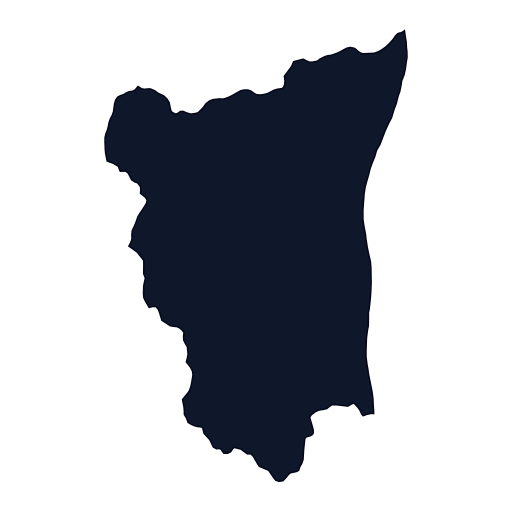 the district of Khop, Xaignabouri, Laos
{"feature_id": "54806243B3164582254678", "entity_name": "Khop", "entity_type": "district", "adm_level": 2, "iso_a3": "LAO", "parent_name": "Laos", "parent_adm1": "Xaignabouri", "projection": "equal_earth", "projection_center": [100.561, 19.666], "detail": "fine", "context": "isolated", "style": "filled", "palette": "ink", "viewbox_px": 512, "rotation_deg": 0, "n_neighbors": 0, "source": "geoboundaries", "source_scale": "gbopen_adm2", "svg_char_len": 4164}
<svg xmlns="http://www.w3.org/2000/svg" viewBox="0 0 512 512"><path d="M373.6,413.6L373.6,411.5L373.4,408.0L373.1,403.8L372.9,398.6L371.9,391.1L370.6,384.8L369.6,379.8L368.5,374.3L367.8,369.0L367.0,364.7L366.0,356.7L366.0,350.1L366.2,343.9L366.5,337.3L367.5,329.8L368.3,325.8L368.4,319.3L368.4,312.6L369.2,308.6L369.8,303.2L370.4,297.2L370.8,291.2L371.1,282.8L371.0,274.8L370.9,268.0L370.4,261.7L368.8,254.9L368.8,254.6L368.7,254.4L367.2,247.2L366.0,239.4L365.4,234.1L363.9,226.2L362.9,219.3L362.9,210.1L363.5,201.4L364.1,193.7L365.1,187.1L366.3,182.5L368.5,175.0L370.0,168.8L372.2,162.6L374.6,156.9L376.5,150.3L380.0,144.2L382.5,137.6L385.3,130.3L388.5,123.4L391.5,117.7L394.0,109.3L396.0,104.2L398.2,95.7L399.8,91.3L400.9,85.8L401.6,81.0L404.0,74.8L405.3,68.9L406.2,62.1L407.0,57.4L406.9,52.0L406.4,47.4L406.2,42.4L405.4,37.7L405.0,34.6L404.6,32.1L404.4,30.7L403.3,31.6L402.0,32.3L401.0,32.9L399.6,33.0L398.5,33.4L397.5,33.9L396.7,34.7L395.3,36.3L393.5,38.9L393.0,39.6L392.3,40.4L390.5,42.4L388.5,44.5L385.9,46.9L384.4,48.0L381.2,50.2L378.7,51.6L374.9,53.1L372.2,53.4L369.8,53.5L368.4,53.5L367.3,53.6L365.4,53.7L363.5,53.8L361.0,53.3L359.0,52.1L356.9,50.4L356.3,49.7L355.5,49.1L354.8,48.6L353.6,48.1L351.9,47.8L350.5,47.5L349.5,47.6L348.3,47.9L346.6,48.3L344.9,49.2L342.2,50.7L340.3,51.8L338.9,52.4L337.0,53.3L334.4,54.2L332.7,54.9L331.0,55.3L329.7,55.6L328.3,55.6L327.6,55.8L326.9,56.0L324.7,56.7L324.5,56.8L323.6,57.3L320.1,59.0L319.0,59.9L317.7,60.9L316.2,61.5L314.4,61.7L313.1,62.1L310.8,62.2L309.5,62.2L307.8,61.5L305.6,60.5L304.1,59.6L303.0,59.2L293.7,61.7L291.5,66.7L284.4,76.2L285.0,81.0L284.6,85.0L283.3,87.6L282.0,88.6L277.1,89.3L273.9,90.3L268.0,93.4L265.6,94.1L262.3,94.8L259.3,95.0L256.1,94.6L254.6,93.7L250.9,91.1L247.8,90.0L244.2,90.0L240.9,90.7L237.9,92.3L232.5,95.4L229.1,97.1L224.9,98.7L223.0,99.1L219.4,98.9L213.2,99.6L209.6,100.9L205.9,103.8L203.5,107.3L201.6,109.3L198.0,112.9L194.2,113.7L190.8,114.1L186.8,113.0L183.1,111.4L180.5,111.4L177.7,113.5L175.6,114.1L172.4,112.6L171.0,111.1L170.2,108.2L169.2,102.7L167.0,99.1L163.7,95.9L158.4,93.5L154.5,90.7L150.6,89.0L148.2,88.9L144.3,89.3L141.6,88.8L138.0,86.5L135.3,89.8L132.6,91.3L129.5,91.6L126.4,92.9L123.5,94.7L120.6,95.6L117.7,97.1L115.7,100.0L114.6,103.8L114.1,107.7L113.6,111.4L112.3,115.3L110.5,118.6L109.1,122.5L108.4,126.3L107.5,129.9L106.0,133.7L105.1,137.3L105.0,141.3L105.3,149.1L105.6,153.1L106.4,157.1L107.2,161.0L113.1,163.2L118.4,166.3L119.7,170.1L120.3,171.2L122.3,171.1L125.7,171.1L128.3,173.2L131.7,179.8L134.7,181.8L137.7,182.9L139.7,185.6L140.5,186.7L140.8,189.8L140.5,193.3L145.5,197.3L147.1,200.0L147.0,201.1L146.4,203.5L144.0,207.4L141.9,210.6L139.7,213.8L137.9,216.9L136.6,220.6L135.3,224.1L133.6,227.9L132.2,230.9L131.9,235.0L132.0,238.9L130.8,242.7L128.9,246.1L131.6,248.0L137.2,252.1L139.1,254.5L139.4,254.9L142.0,258.1L143.8,260.5L143.8,267.9L143.7,273.7L145.4,278.0L144.5,282.1L143.7,286.2L143.6,290.2L143.5,293.7L143.9,297.8L145.5,301.1L149.2,307.4L152.7,306.5L156.1,306.6L158.5,309.6L159.7,312.9L161.9,320.3L170.2,325.7L173.6,326.3L176.9,326.6L179.7,327.9L182.1,330.0L184.0,332.5L183.6,335.9L183.7,340.0L185.4,343.5L187.4,346.8L188.1,354.2L187.4,358.1L186.4,362.0L190.7,367.5L192.4,370.8L193.0,374.6L192.4,378.7L191.7,382.7L190.9,386.6L189.6,390.4L187.7,393.3L185.1,396.4L182.6,399.5L183.2,403.1L184.0,407.0L184.3,410.5L184.4,414.5L186.6,418.2L188.1,422.4L190.9,424.1L193.9,425.5L196.9,426.4L200.1,426.8L201.5,427.0L202.7,427.8L204.1,433.4L209.8,439.6L213.4,447.1L216.5,448.7L220.5,448.6L223.8,453.2L227.4,453.3L230.5,451.9L232.6,448.8L234.1,447.4L240.9,449.1L247.4,453.9L250.7,453.8L253.2,456.1L257.8,464.0L259.3,466.3L268.7,470.3L273.2,476.9L275.7,480.2L279.1,481.3L283.0,480.7L286.0,477.5L288.2,474.7L290.2,472.9L296.8,471.4L298.6,470.3L299.7,467.0L301.7,463.4L303.0,459.7L303.6,449.9L304.6,440.2L304.7,438.9L306.0,437.0L310.4,435.7L312.4,434.5L313.3,432.9L313.1,429.4L309.6,417.2L311.4,414.7L315.4,411.6L319.2,410.0L323.6,409.3L326.7,408.6L329.4,406.4L332.1,404.7L336.7,404.8L347.9,406.1L351.6,403.9L354.1,403.1L358.1,407.5L360.1,410.4L361.6,413.9L363.1,415.7L366.9,414.3L371.8,413.3L373.6,413.6Z" fill="#0f172a" stroke="#020617" stroke-width="1.5"/></svg>